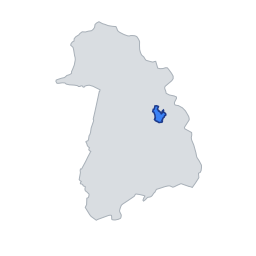 location of Zondoma, Zondoma, Burkina Faso, rotated 103°
{"feature_id": "67063806B77925181323544", "entity_name": "Zondoma", "entity_type": "district", "adm_level": 2, "iso_a3": "BFA", "parent_name": "Burkina Faso", "parent_adm1": "Zondoma", "projection": "natural_earth1", "projection_center": [-2.323, 13.202], "detail": "fine", "context": "in_parent", "style": "filled", "palette": "blue", "viewbox_px": 256, "rotation_deg": 103, "n_neighbors": 0, "source": "geoboundaries", "source_scale": "gbopen_adm2", "svg_char_len": 5324}
<svg xmlns="http://www.w3.org/2000/svg" viewBox="0 0 256 256"><g transform="rotate(103 128 128)"><path d="M188.6,164.0L182.3,164.3L180.0,165.1L178.6,165.1L178.5,164.4L178.4,164.0L170.4,161.8L164.8,160.5L159.1,159.0L158.8,160.4L158.0,161.3L156.8,161.3L155.9,161.1L155.4,162.2L154.4,163.6L153.1,164.3L151.8,165.1L151.1,165.9L150.6,165.9L149.3,164.1L147.6,163.9L144.4,164.2L142.9,163.7L140.9,163.5L136.3,163.9L128.8,163.1L127.6,163.5L127.3,163.9L119.9,163.9L111.8,164.0L105.0,164.1L99.0,164.2L99.0,163.9L97.1,163.8L96.9,164.4L95.2,171.6L95.0,175.4L95.9,177.8L96.9,179.4L98.1,180.0L98.2,180.9L97.3,182.0L97.4,183.1L98.4,184.3L98.7,185.5L98.1,186.8L98.3,190.0L99.1,194.9L99.1,198.1L98.3,199.6L98.7,202.1L100.1,205.7L100.4,207.2L99.9,207.8L98.7,208.8L97.4,208.7L96.0,206.6L95.4,205.6L94.2,203.5L93.2,201.3L91.9,200.3L90.6,199.4L89.0,196.7L87.4,195.3L85.8,195.7L83.5,195.2L78.7,194.5L73.5,194.7L71.4,195.3L69.3,196.4L63.9,198.6L61.8,199.7L60.2,202.5L58.4,202.4L56.6,201.5L55.5,200.2L53.0,200.5L50.7,199.3L48.4,196.9L46.7,196.1L44.6,194.3L44.0,191.0L42.7,188.7L41.4,185.4L39.6,184.0L37.4,183.2L34.5,183.4L32.6,182.1L31.0,180.2L31.5,178.5L32.1,176.2L32.2,174.0L32.7,170.3L32.4,165.8L31.9,162.6L33.5,161.3L35.4,160.1L36.6,157.9L37.8,153.1L38.3,148.9L38.0,147.3L37.3,146.1L36.9,144.3L36.6,142.1L36.9,140.1L38.4,138.4L40.1,136.9L41.4,136.1L44.8,135.4L48.9,134.3L51.4,133.0L53.1,131.8L54.1,130.8L55.1,128.7L56.7,127.2L58.0,125.6L58.2,121.1L58.2,118.6L57.3,117.2L56.8,116.0L63.0,112.5L63.0,110.1L62.2,107.3L60.9,105.1L60.5,103.2L62.2,101.0L63.7,99.3L64.9,97.9L67.3,95.7L69.8,95.1L72.1,96.0L78.9,101.1L80.1,101.4L81.5,101.0L83.3,99.7L85.6,98.6L86.5,95.2L86.4,90.1L86.9,87.8L88.2,87.4L92.1,88.4L93.1,88.4L94.2,88.1L95.0,87.2L95.0,85.6L94.8,84.1L96.1,79.5L98.4,75.9L103.1,71.5L104.6,70.7L106.3,70.2L114.7,73.2L116.0,72.5L118.1,65.0L120.4,64.3L123.1,64.2L124.9,63.5L125.8,63.0L129.8,60.1L136.8,56.3L140.6,54.6L141.4,54.0L144.1,51.2L147.7,48.1L150.0,47.5L153.1,47.2L155.1,47.7L155.7,48.6L156.3,49.1L160.5,47.8L166.4,49.9L171.5,52.0L171.2,53.3L171.2,55.7L170.8,59.4L170.3,63.8L172.4,66.7L174.9,69.8L175.6,71.0L175.0,74.1L175.4,75.9L176.8,78.8L179.1,82.6L181.4,86.5L183.0,87.0L184.6,87.4L185.5,88.1L186.9,88.7L188.3,89.2L189.5,90.0L190.2,90.9L191.2,93.3L193.9,94.9L195.7,96.4L195.0,97.2L192.7,96.9L190.5,96.2L190.2,97.4L190.2,101.8L190.5,105.4L191.0,105.9L193.2,106.6L198.4,111.4L203.1,115.9L204.7,117.1L207.3,117.5L210.2,117.7L211.4,117.3L214.3,115.0L215.7,114.8L217.1,114.8L217.9,115.2L219.2,117.0L220.5,119.8L220.9,121.9L220.8,123.0L220.3,123.4L218.0,124.0L217.0,124.4L216.8,125.0L217.2,126.4L217.6,127.3L220.2,131.3L223.8,136.8L225.0,138.2L224.3,139.8L222.5,144.0L221.1,145.8L215.0,151.8L212.0,151.1L205.7,152.3L204.7,151.0L203.3,150.8L201.4,151.0L200.8,151.5L200.6,152.1L199.9,153.0L198.8,155.4L197.9,156.0L196.7,156.3L195.4,156.3L194.6,156.6L194.6,157.8L194.3,158.8L193.4,159.3L193.0,160.5L193.1,161.6L192.5,162.1L191.3,161.8L190.6,161.5L190.0,163.0L189.2,164.0L188.6,164.0Z" fill="#d9dde1" stroke="#a8b0b8" stroke-width="1"/><path d="M114.0,104.2L114.1,103.9L114.2,103.6L114.2,103.4L114.2,103.2L114.3,103.1L114.4,102.9L114.7,102.8L114.7,102.7L114.8,102.4L114.8,102.2L115.0,102.0L115.0,101.9L115.1,101.7L114.9,101.4L114.9,101.2L115.0,101.0L115.0,100.9L115.2,100.7L115.1,100.4L115.2,100.2L115.3,100.1L115.4,99.9L115.5,99.8L115.6,99.6L115.7,99.4L115.7,99.2L115.6,98.8L115.6,98.7L115.5,98.4L115.5,98.2L115.4,98.1L115.2,97.9L115.2,97.7L115.0,97.3L115.0,96.9L114.9,96.8L114.9,96.7L114.7,96.4L114.6,96.2L114.4,96.0L114.2,96.0L113.9,96.0L113.7,96.0L113.6,96.3L113.5,96.5L113.4,96.6L113.1,96.7L112.9,96.7L112.7,96.6L112.4,96.4L112.3,96.2L112.2,96.2L112.2,96.3L111.9,96.4L111.6,96.3L111.1,96.3L110.8,96.2L110.6,96.2L110.4,96.0L110.2,95.8L110.0,95.7L109.8,95.6L109.6,95.4L109.4,95.2L109.2,95.2L108.9,95.2L108.6,95.1L108.4,95.2L108.1,95.1L107.9,95.1L107.6,95.0L107.5,94.9L107.4,94.8L107.4,94.7L107.3,94.3L107.2,94.3L107.2,94.2L106.9,94.1L106.6,94.2L106.3,94.2L106.1,94.3L105.9,94.4L105.7,94.5L105.4,94.8L105.3,95.0L105.2,95.2L105.1,95.3L105.0,95.7L104.9,95.9L104.9,96.0L104.8,96.3L104.7,96.6L104.6,96.8L104.4,96.8L104.2,97.0L103.9,97.1L103.6,97.2L103.4,97.2L103.2,97.2L102.8,97.3L102.7,97.4L102.5,97.5L103.1,98.0L103.8,98.3L104.2,98.5L104.3,98.5L104.5,98.5L104.5,98.2L104.6,97.9L104.7,97.7L104.8,97.6L105.7,98.1L106.3,98.4L106.6,98.5L106.6,98.9L106.3,98.9L106.2,98.9L106.1,99.0L105.9,99.4L105.8,99.6L105.7,99.8L105.5,100.0L105.4,100.1L105.2,100.2L105.1,100.3L105.0,100.5L104.9,100.6L104.8,100.8L104.8,101.0L104.7,101.2L104.6,101.3L104.6,101.6L104.4,101.5L104.2,101.7L104.2,101.8L104.1,102.0L104.0,102.3L103.9,102.4L103.8,102.5L103.7,102.7L103.7,102.8L103.5,103.0L103.4,103.1L103.3,103.4L103.2,103.5L102.9,103.6L102.6,103.6L102.2,103.5L101.8,103.4L100.8,103.2L100.4,103.1L100.2,103.3L100.1,103.5L100.0,103.8L100.0,104.0L100.0,104.3L100.0,104.7L99.9,104.9L100.0,105.0L100.0,105.3L100.1,105.5L100.2,105.8L100.3,106.1L100.3,106.4L100.3,106.6L101.5,106.7L103.6,106.7L103.9,107.1L104.1,107.6L105.3,107.6L106.5,107.6L106.7,107.2L106.8,106.7L106.9,106.3L107.6,105.8L108.3,105.4L108.8,105.0L109.5,104.6L111.0,104.1L111.3,104.0L111.5,104.0L111.7,103.8L111.9,103.6L112.0,103.6L112.3,103.6L112.5,103.8L112.8,103.9L112.8,104.0L113.1,104.0L113.3,104.0L113.5,104.1L113.8,104.2L114.0,104.1L114.0,104.2Z" fill="#3b82f6" stroke="#1e3a8a" stroke-width="1.5"/></g></svg>